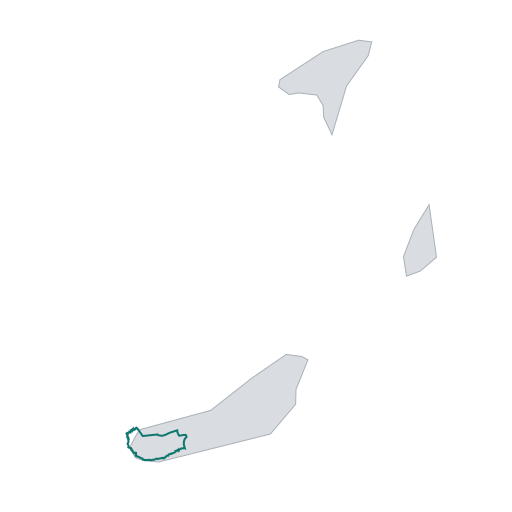 Mitsamiouli-Mboudé, Andjazîdja, Comoros shown in context, rotated 252°
{"feature_id": "10938185B67203865227918", "entity_name": "Mitsamiouli-Mboudé", "entity_type": "district", "adm_level": 2, "iso_a3": "COM", "parent_name": "Comoros", "parent_adm1": "Andjazîdja", "projection": "equal_earth", "projection_center": [43.317, -11.447], "detail": "fine", "context": "in_parent", "style": "outline", "palette": "teal", "viewbox_px": 512, "rotation_deg": 252, "n_neighbors": 0, "source": "geoboundaries", "source_scale": "gbopen_adm2", "svg_char_len": 4703}
<svg xmlns="http://www.w3.org/2000/svg" viewBox="0 0 512 512"><g transform="rotate(252 256 256)"><path d="M146.2,268.5L141.2,273.3L116.8,252.8L102.8,247.9L82.3,214.7L90.2,99.6L96.7,84.9L101.7,78.9L113.0,76.7L126.8,91.2L123.2,165.2L141.4,215.0L153.1,254.4L146.2,268.5ZM416.3,333.3L429.7,383.0L429.5,420.4L423.8,432.2L411.8,424.5L389.8,394.7L347.8,365.7L367.1,363.3L378.3,366.3L390.3,363.6L397.8,347.2L399.3,337.5L409.8,329.7L416.3,333.3ZM232.5,414.4L251.2,436.4L199.1,427.3L190.9,407.5L190.4,392.9L209.9,396.1L232.5,414.4Z" fill="#d9dde1" stroke="#a8b0b8" stroke-width="1"/><path d="M129.7,89.2L129.6,88.9L129.6,88.7L129.3,88.5L129.0,88.5L129.1,88.2L129.2,87.9L128.9,87.7L128.8,87.8L128.7,87.7L128.5,87.4L128.7,87.0L128.6,86.8L128.8,86.8L128.6,86.2L128.8,85.4L129.1,85.2L129.6,85.4L129.3,84.8L129.3,84.6L129.2,84.4L128.8,84.7L128.5,85.0L128.4,85.4L128.2,85.0L128.1,84.8L128.0,84.5L128.1,84.4L128.3,84.5L128.4,84.4L128.3,84.2L128.2,84.2L128.1,83.6L128.3,83.5L128.1,83.5L127.8,83.4L128.0,83.2L127.8,83.2L127.9,82.8L128.0,82.8L127.9,82.7L128.0,82.7L127.9,82.4L127.9,82.2L127.9,81.9L127.9,81.6L127.7,81.6L127.8,81.5L127.9,81.4L127.7,81.3L127.7,81.1L127.6,80.9L127.6,80.7L127.6,80.1L127.5,79.8L127.3,79.9L127.3,79.5L127.2,79.5L127.2,79.3L126.9,79.2L127.0,79.1L126.8,79.0L126.8,78.8L126.7,78.9L126.8,78.8L126.8,78.7L126.7,78.7L126.6,78.9L126.6,78.7L126.5,78.9L126.4,78.8L126.5,78.7L126.4,78.7L126.3,78.8L126.2,78.8L126.1,78.6L125.9,78.7L125.6,78.3L125.4,78.3L125.4,78.1L124.9,78.2L124.3,77.9L123.8,77.6L123.7,77.8L123.7,78.1L123.6,78.3L123.0,78.4L122.8,78.5L122.5,78.5L122.1,78.5L122.0,78.4L121.9,78.3L121.8,77.9L121.6,78.0L121.5,77.9L121.2,77.8L120.6,78.1L120.3,77.7L119.8,77.5L119.5,77.5L119.2,77.4L118.6,77.2L118.4,77.2L118.0,76.9L117.8,76.5L117.7,76.3L116.9,75.8L116.7,75.9L116.4,75.9L115.8,76.1L115.2,76.0L114.7,76.1L114.3,76.1L114.2,76.0L113.7,76.0L113.4,75.8L113.3,75.6L113.1,75.8L113.0,76.1L112.8,76.3L112.7,76.4L112.5,76.6L112.5,76.9L112.4,77.1L112.3,77.4L112.1,77.6L111.9,77.8L111.5,77.9L111.4,77.7L111.1,77.5L110.6,77.9L110.5,78.0L110.2,77.9L109.9,77.6L109.5,77.8L109.4,77.9L109.3,78.4L109.1,78.5L108.7,78.3L108.2,78.3L107.6,78.6L107.2,78.7L107.0,79.0L106.4,78.9L106.1,79.3L105.7,79.8L105.7,80.2L106.0,80.7L105.8,80.8L105.9,81.0L105.7,81.1L105.3,80.8L105.2,80.8L104.8,80.6L104.6,80.7L104.4,80.6L104.0,80.3L103.8,80.3L103.5,80.0L103.0,80.5L102.7,80.3L102.5,80.5L102.4,80.8L102.0,81.1L102.0,81.3L101.8,81.6L101.7,81.8L101.3,82.0L101.1,82.6L100.8,83.0L100.2,83.3L99.9,83.5L99.6,83.9L99.2,84.3L99.0,84.8L98.8,85.0L98.3,85.5L98.2,85.5L97.9,85.4L97.6,85.4L97.4,86.0L96.8,86.6L96.5,86.7L96.3,87.0L96.2,87.4L96.0,87.6L96.0,88.0L96.0,88.5L95.8,88.8L95.8,89.0L95.7,89.1L95.6,89.4L95.5,89.6L95.5,89.9L95.4,90.2L95.4,90.3L95.4,90.6L95.3,91.0L95.2,91.0L95.2,91.3L95.0,91.6L95.1,91.9L95.0,92.0L94.8,92.0L94.6,92.5L94.4,92.7L94.3,93.0L94.2,93.1L94.2,93.4L94.1,93.5L94.1,93.8L94.2,94.0L94.1,94.3L94.1,94.9L94.0,95.1L93.9,95.3L94.0,95.5L93.9,95.6L93.9,95.8L93.8,96.0L93.8,96.5L93.7,96.8L93.7,97.1L93.8,97.6L93.8,97.9L93.9,98.3L94.0,98.4L94.0,99.1L93.8,99.3L93.5,99.6L93.4,99.8L93.4,100.1L93.3,100.4L93.3,100.6L93.2,100.6L93.3,101.3L93.1,101.8L93.1,102.3L93.0,102.9L93.1,103.5L93.1,104.0L93.1,104.5L92.8,104.7L92.5,104.7L92.4,105.0L92.2,105.2L92.2,105.5L92.0,106.0L92.3,106.6L92.3,106.8L92.5,106.8L92.5,107.0L92.7,107.6L92.9,107.7L93.0,107.9L93.0,108.0L93.1,108.3L93.1,108.5L93.3,108.6L93.3,108.8L93.3,109.1L93.4,109.4L93.5,109.6L93.4,110.1L93.5,110.2L93.5,110.4L93.4,110.6L93.5,110.6L93.7,111.0L93.8,111.0L93.9,111.3L94.2,111.8L94.1,112.0L94.3,112.2L94.1,112.6L94.1,113.0L94.2,113.5L94.1,113.8L94.1,114.0L94.2,114.3L94.1,114.5L94.3,114.6L94.3,114.9L94.2,114.9L94.3,115.1L94.4,115.4L94.3,115.6L94.2,115.9L94.2,116.1L94.1,116.3L94.1,116.8L94.3,117.4L94.3,117.5L94.3,117.8L94.4,118.0L94.5,118.3L94.6,118.5L94.7,118.8L94.8,119.0L95.0,119.2L95.0,119.5L95.0,119.8L95.2,120.1L95.3,120.3L95.4,120.2L95.4,120.3L95.5,120.5L95.4,120.9L95.4,121.0L95.5,120.9L95.5,121.1L95.5,121.3L95.7,121.5L95.5,121.8L95.5,122.0L95.4,122.0L95.5,122.1L95.4,122.2L95.5,122.2L95.4,122.2L95.5,122.3L95.4,122.3L95.5,122.5L95.4,122.6L95.3,123.0L95.5,123.2L95.6,123.3L95.6,123.5L95.7,124.0L95.8,124.3L95.8,124.5L96.0,124.7L95.9,124.9L96.0,125.1L95.9,125.3L95.9,125.6L95.9,126.0L95.9,126.4L95.9,126.5L95.8,126.9L95.7,127.0L95.8,127.1L95.7,127.6L95.7,127.9L95.6,128.0L95.5,128.6L95.3,128.7L95.3,128.8L95.2,128.9L98.6,129.1L99.4,129.2L101.8,130.1L103.8,131.5L104.8,132.8L105.2,133.9L105.8,134.1L107.4,134.0L107.7,133.6L108.2,131.6L108.8,127.5L109.1,127.2L110.8,127.0L113.0,126.8L114.5,127.2L114.6,119.9L113.9,114.3L114.0,111.2L115.8,107.5L116.7,107.2L119.8,92.6L124.5,91.2L128.7,89.9L129.7,89.2Z" fill="none" stroke="#0f766e" stroke-width="2"/></g></svg>